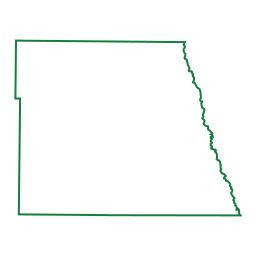 Grand Forks, North Dakota, United States of America
{"feature_id": "52423323B50078487315509", "entity_name": "Grand Forks", "entity_type": "district", "adm_level": 2, "iso_a3": "USA", "parent_name": "United States of America", "parent_adm1": "North Dakota", "projection": "albers", "projection_center": [-97.051, 47.934], "detail": "fine", "context": "isolated", "style": "outline", "palette": "green", "viewbox_px": 256, "rotation_deg": 0, "n_neighbors": 0, "source": "geoboundaries", "source_scale": "gbopen_adm2", "svg_char_len": 2905}
<svg xmlns="http://www.w3.org/2000/svg" viewBox="0 0 256 256"><path d="M110.5,215.2L240.6,215.4L240.4,215.0L239.7,214.9L239.4,214.5L238.8,209.6L238.6,209.2L238.2,208.9L237.4,209.7L237.0,209.9L236.6,209.9L236.4,209.6L236.4,209.0L237.0,208.1L236.9,207.7L236.4,207.0L236.0,205.9L235.7,205.5L235.2,205.3L235.2,204.9L235.4,204.5L235.3,203.8L235.1,203.5L234.1,202.7L234.1,202.0L234.2,201.4L234.0,200.6L233.3,200.1L233.4,199.5L234.3,198.6L234.5,198.2L234.3,197.9L233.0,196.5L231.8,194.7L231.3,193.8L231.1,193.3L231.2,192.8L232.0,191.8L232.2,191.2L232.2,190.2L232.1,189.4L230.9,188.7L230.9,188.0L231.3,187.7L231.3,187.2L230.6,186.8L230.1,186.1L230.0,185.4L230.3,184.7L229.8,183.4L227.5,181.1L225.9,180.8L225.9,179.6L224.7,178.5L224.2,178.6L224.0,178.4L224.0,177.9L224.4,177.1L224.8,176.7L225.8,176.2L225.8,175.9L225.6,175.6L224.4,174.7L223.8,173.8L222.5,173.5L222.1,173.6L221.8,173.5L221.6,173.0L221.5,172.4L220.6,171.0L220.4,170.6L220.5,170.1L220.9,169.6L221.2,169.0L220.6,167.7L220.5,166.1L220.7,165.8L220.8,165.7L220.8,164.8L220.3,164.3L220.2,164.0L220.3,162.8L219.2,160.4L217.8,160.3L216.6,159.0L216.7,158.6L217.0,158.2L217.0,157.6L216.9,154.8L216.6,153.3L216.1,152.7L215.8,152.6L215.0,151.7L214.9,151.2L215.5,151.0L215.9,150.5L215.7,150.1L215.0,149.6L212.3,149.1L211.5,148.8L211.1,148.3L211.1,148.0L212.0,147.4L212.2,146.8L211.9,146.2L211.0,145.6L210.6,144.9L210.7,144.0L211.9,143.1L212.0,142.6L210.7,141.4L210.9,140.3L211.7,139.5L211.7,139.0L210.8,137.9L210.7,137.0L211.0,136.9L211.7,137.6L212.4,137.8L212.9,137.3L212.8,136.3L212.4,135.3L211.5,134.8L210.9,134.4L212.2,133.7L212.3,133.1L209.6,130.5L208.2,129.7L207.9,128.6L208.3,127.5L208.2,126.6L207.5,126.2L206.2,126.0L204.8,125.3L204.1,124.3L203.8,123.4L203.9,122.8L204.5,121.5L204.5,120.7L204.2,119.9L203.1,119.1L202.5,118.6L202.4,118.3L202.5,117.8L203.3,116.8L203.5,116.3L203.0,115.1L203.0,114.6L203.6,112.9L204.3,110.5L204.4,109.7L204.3,109.2L204.0,108.8L202.3,107.8L201.9,107.0L201.3,103.3L201.6,102.7L202.2,102.1L202.1,101.5L201.8,101.3L200.8,101.1L200.5,100.8L200.1,100.1L200.2,99.3L200.9,97.7L200.9,97.3L200.5,92.6L200.1,90.5L199.7,89.4L199.4,88.9L197.8,87.9L196.9,87.1L194.5,82.8L193.3,82.6L193.0,82.4L192.9,82.2L193.0,81.7L193.8,80.7L194.1,79.2L194.0,77.9L193.5,76.8L192.8,76.4L192.7,76.1L192.8,75.6L193.1,75.0L193.1,74.5L192.9,73.9L192.1,73.3L191.9,71.7L191.4,71.3L191.0,71.2L189.6,71.4L188.8,71.0L188.7,70.6L188.8,70.1L189.3,69.1L189.4,68.8L189.4,68.2L189.2,67.6L188.0,65.2L187.7,64.2L187.5,62.2L186.8,61.3L186.8,60.7L186.9,60.1L186.4,59.3L184.8,58.7L184.6,58.3L184.6,57.2L185.1,56.3L185.2,55.6L185.4,54.8L185.4,54.0L185.2,53.6L184.7,53.2L184.2,52.4L183.6,50.4L183.6,49.5L183.9,48.9L184.0,48.6L184.6,47.8L184.8,47.4L184.8,46.9L184.7,46.1L184.5,45.7L184.1,45.6L183.8,45.1L183.8,44.6L184.8,42.5L184.9,42.1L22.9,40.7L21.6,40.6L16.0,40.6L15.4,98.5L20.1,98.5L18.8,214.4L105.2,215.1L110.5,215.2Z" fill="none" stroke="#15803d" stroke-width="2"/></svg>